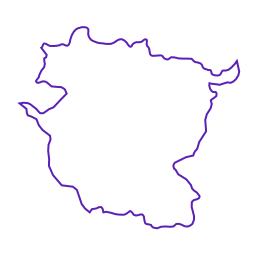 outline of Mbaïki, Lobaye, Central African Republic, rotated 182°
{"feature_id": "33826404B24481683700723", "entity_name": "Mbaïki", "entity_type": "district", "adm_level": 2, "iso_a3": "CAF", "parent_name": "Central African Republic", "parent_adm1": "Lobaye", "projection": "orthographic", "projection_center": [17.906, 4.007], "detail": "fine", "context": "isolated", "style": "outline", "palette": "violet", "viewbox_px": 256, "rotation_deg": 182, "n_neighbors": 0, "source": "geoboundaries", "source_scale": "gbopen_adm2", "svg_char_len": 5079}
<svg xmlns="http://www.w3.org/2000/svg" viewBox="0 0 256 256"><g transform="rotate(182 128 128)"><path d="M237.2,148.8L230.2,143.6L229.6,139.5L228.6,137.2L224.8,136.0L219.8,133.6L217.2,127.6L213.4,123.1L205.7,117.6L205.0,113.9L206.8,108.5L207.0,102.4L205.7,93.9L205.7,87.4L201.3,78.3L192.2,68.4L181.0,67.4L176.9,64.3L171.6,50.3L168.1,46.0L163.4,42.4L162.0,44.4L161.3,45.6L158.6,46.1L156.1,46.8L154.3,47.9L151.9,48.0L150.6,46.4L150.2,45.2L149.7,42.9L148.5,43.1L147.0,43.5L143.2,42.9L140.1,42.2L138.6,41.7L136.2,41.3L132.5,41.1L129.1,41.2L127.0,42.0L124.6,43.9L123.0,45.1L121.7,44.4L120.6,43.3L119.3,41.5L117.0,40.8L115.6,41.1L114.2,41.5L112.1,42.1L110.6,42.0L109.6,41.0L108.9,39.8L108.9,38.9L108.3,36.3L107.9,34.6L107.4,33.4L106.2,32.7L103.9,32.4L101.6,31.9L100.6,30.3L99.2,29.4L97.9,29.1L95.3,28.8L93.0,29.8L91.8,30.4L88.9,30.7L87.4,30.9L84.4,30.8L82.2,30.8L79.3,31.1L77.8,32.4L76.8,33.5L75.7,33.9L73.4,33.9L71.7,33.4L69.9,32.7L68.4,31.9L66.0,31.6L63.8,31.9L62.0,33.0L60.2,34.5L58.8,38.9L58.9,42.1L61.6,51.4L61.6,54.1L61.6,56.2L60.9,57.1L59.8,58.2L57.9,58.8L56.3,59.3L54.7,60.3L54.1,61.5L54.2,62.6L56.0,64.8L56.9,65.9L60.2,68.0L61.9,69.9L63.1,73.2L68.0,78.8L69.1,79.4L72.2,81.2L73.7,82.1L76.1,83.4L79.1,88.1L80.5,89.0L81.3,91.3L81.1,93.0L80.1,94.9L69.1,100.8L61.8,102.8L61.1,105.3L60.1,107.2L58.4,109.2L57.6,111.5L56.4,116.4L49.8,127.5L51.1,138.8L49.7,144.5L46.1,150.6L45.1,155.1L46.0,157.4L46.2,158.6L44.6,160.0L42.9,161.2L40.8,163.1L40.7,165.7L41.6,167.0L44.4,167.0L45.7,167.9L47.3,170.0L48.3,173.4L48.1,175.6L46.7,175.2L42.8,174.9L37.8,174.4L34.3,175.7L30.2,177.1L27.2,176.7L24.8,177.8L23.4,179.1L21.9,180.4L19.6,184.4L18.8,188.2L21.5,198.8L22.0,198.1L22.5,197.3L22.9,196.4L23.6,195.7L24.1,195.0L24.8,194.3L25.4,193.7L25.9,193.0L26.5,192.3L27.2,191.7L27.9,191.1L28.6,190.5L29.3,189.9L29.6,189.8L30.2,189.5L31.1,189.2L32.1,188.9L33.3,188.8L34.5,188.8L35.6,188.5L36.1,187.8L36.5,186.9L36.9,186.0L37.4,185.2L37.9,184.4L38.7,184.0L39.7,183.7L40.9,183.6L42.2,183.6L43.3,183.8L44.3,184.0L45.2,184.4L46.0,184.9L46.4,185.8L46.7,186.7L47.0,187.8L47.5,188.6L48.5,188.8L49.7,188.7L50.7,189.0L51.5,189.4L52.6,189.6L53.7,189.9L54.4,190.4L55.0,191.0L55.6,191.8L55.9,192.7L56.3,193.6L56.9,194.3L57.6,194.9L58.5,195.3L59.5,195.6L60.5,195.9L61.7,196.0L62.7,196.2L63.7,196.5L64.5,197.0L65.1,197.7L65.7,198.3L66.4,199.0L67.3,199.4L68.6,199.4L69.9,199.4L71.1,199.4L72.4,199.4L73.5,199.3L74.9,199.3L76.0,199.2L77.2,199.3L78.4,199.3L79.7,199.3L80.9,199.5L81.9,199.8L83.0,199.9L84.1,200.2L85.3,200.2L86.7,200.2L87.7,200.0L88.4,199.4L89.1,198.8L89.9,198.3L90.7,197.9L91.9,198.0L92.9,198.3L93.8,198.7L94.6,199.2L95.3,199.9L95.7,200.7L96.4,201.3L97.3,201.7L98.6,201.7L99.7,201.6L100.9,201.4L102.0,201.3L103.2,201.2L104.3,201.1L105.5,201.0L106.6,201.1L107.5,201.6L108.2,202.2L108.6,203.1L108.8,204.1L109.1,205.1L109.3,206.2L109.4,207.3L109.8,208.2L110.2,209.1L110.8,209.8L111.5,210.4L111.9,211.2L112.2,212.2L112.3,213.4L112.2,214.5L112.1,215.8L112.4,216.8L113.3,217.2L114.5,217.1L115.2,216.6L115.9,216.0L116.6,215.3L117.3,214.8L118.2,214.4L119.2,214.2L120.4,214.1L121.7,214.1L122.8,214.0L123.7,213.6L124.6,213.2L125.4,212.7L126.0,212.1L126.6,211.3L127.0,210.4L127.5,209.6L128.4,209.3L129.3,209.6L130.0,210.2L130.6,211.0L131.2,211.6L131.7,212.4L132.2,213.2L132.9,213.8L133.6,214.3L134.2,215.0L135.0,215.5L135.9,215.9L136.8,216.3L137.8,216.5L139.0,216.4L139.9,216.1L140.8,215.7L141.6,215.2L142.5,214.8L143.1,214.1L143.9,213.6L144.7,213.1L145.4,212.6L146.3,212.2L147.2,211.9L148.1,211.5L149.3,211.4L149.8,211.4L151.1,211.3L152.4,211.3L153.5,211.4L154.7,211.5L155.8,211.7L157.1,211.7L158.3,211.8L159.3,211.8L160.3,212.1L161.5,212.2L162.5,212.5L163.4,212.9L164.4,213.2L165.3,213.5L166.2,213.9L167.1,214.3L167.9,214.8L168.5,215.5L169.2,216.2L169.6,216.9L170.2,217.7L170.5,218.6L170.8,219.6L171.1,220.6L171.0,221.9L171.0,223.2L171.0,224.5L171.3,225.5L171.9,226.2L172.6,226.7L173.6,227.1L174.7,227.2L176.0,227.2L177.0,227.2L178.0,227.0L179.1,226.7L180.0,226.3L181.0,226.1L181.9,225.7L182.7,225.2L183.4,224.7L184.1,224.1L184.6,223.3L185.3,222.7L185.8,221.9L186.2,221.0L186.7,220.2L187.1,219.4L187.5,218.5L187.8,217.6L188.1,216.5L188.4,215.5L188.7,214.5L188.9,213.5L189.0,212.3L189.3,211.3L189.6,210.3L190.0,209.4L190.6,208.7L191.4,208.2L192.7,208.2L193.7,208.5L194.6,208.9L195.5,209.3L196.7,209.4L197.7,209.2L198.6,208.8L199.3,208.3L200.4,208.0L201.5,207.9L202.6,207.6L203.7,207.5L204.9,207.4L206.0,207.3L207.3,207.3L208.6,207.3L209.6,207.6L210.5,207.9L211.4,208.4L212.2,208.9L213.1,209.3L214.1,209.5L215.1,209.3L215.6,208.5L216.1,207.6L216.3,206.6L216.8,205.8L217.5,205.2L211.8,198.2L212.3,195.8L213.9,194.9L214.2,194.1L213.9,191.4L213.3,189.2L214.0,185.7L216.3,182.7L217.9,179.3L218.6,177.3L219.0,175.5L220.7,173.2L221.4,172.1L221.5,171.3L220.5,170.2L219.2,170.0L217.4,170.6L215.4,171.5L213.2,171.7L210.9,170.9L205.8,166.9L200.2,166.6L196.1,166.5L193.1,164.9L192.1,163.8L190.5,160.2L196.3,153.9L203.1,146.1L207.7,144.0L210.2,142.0L213.1,139.9L215.1,139.7L216.4,139.8L218.0,141.3L220.2,143.8L224.0,146.5L226.4,148.3L229.1,149.4L233.4,149.6L237.2,148.8Z" fill="none" stroke="#5b21b6" stroke-width="2"/></g></svg>